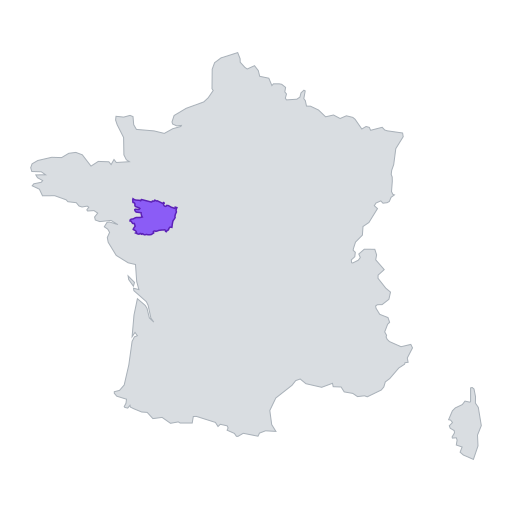 France, with Maine-et-Loire highlighted
{"feature_id": "FRA-5321", "entity_name": "Maine-et-Loire", "entity_type": "Metropolitan department", "adm_level": 1, "iso_a3": "FRA", "parent_name": "France", "parent_adm1": "", "projection": "orthographic", "projection_center": [-0.78, 47.399], "detail": "fine", "context": "in_parent", "style": "filled", "palette": "violet", "viewbox_px": 512, "rotation_deg": 0, "n_neighbors": 0, "source": "natural_earth", "source_scale": "10m", "svg_char_len": 5974}
<svg xmlns="http://www.w3.org/2000/svg" viewBox="0 0 512 512"><path d="M394.4,194.9L391.1,197.3L389.3,201.5L387.1,202.7L383.0,203.2L380.8,200.9L376.0,203.0L374.3,205.7L377.5,208.6L368.9,222.5L363.0,226.5L362.4,235.1L355.5,242.1L353.3,249.0L353.2,250.3L355.3,252.3L354.8,256.7L351.3,259.9L351.6,262.7L352.7,263.0L358.3,260.2L360.3,257.5L358.8,254.0L364.3,249.2L374.8,249.3L376.6,254.9L375.7,259.8L384.2,269.6L378.1,275.1L378.0,278.3L385.8,288.2L390.5,292.1L388.9,299.3L382.1,304.6L377.4,304.7L375.6,306.0L376.0,308.2L379.7,314.3L388.0,317.6L389.6,322.3L387.6,324.3L384.7,331.9L386.6,335.3L386.1,337.0L387.2,339.4L389.5,341.6L401.0,346.7L410.8,344.4L412.5,347.9L407.3,358.0L408.1,362.3L405.0,362.7L404.6,364.2L398.8,368.0L389.7,378.6L385.3,381.9L383.8,387.0L381.3,390.0L367.3,396.8L364.5,395.8L357.5,396.6L352.8,393.4L344.2,391.9L341.1,387.0L333.2,386.7L332.5,383.3L321.7,387.3L305.9,383.7L300.2,379.0L295.7,380.6L292.0,385.3L275.8,398.0L269.8,410.5L271.7,424.6L275.9,431.4L265.5,430.8L259.5,433.1L258.0,436.2L243.2,433.3L237.9,436.4L236.4,436.3L234.4,433.4L227.1,430.2L228.1,427.9L227.1,425.8L220.3,424.3L218.0,426.5L215.4,422.4L196.4,416.4L193.3,416.5L192.2,423.0L180.1,423.0L178.3,421.9L170.5,423.3L162.1,417.4L152.9,418.6L147.2,412.4L141.7,412.0L133.9,408.8L130.4,407.1L130.0,405.3L127.7,408.1L124.8,407.4L124.2,406.6L126.0,403.2L126.5,399.2L116.8,396.2L114.3,393.3L114.3,391.7L119.5,390.4L124.2,385.0L128.8,365.0L132.1,341.4L134.4,336.9L137.4,335.7L135.0,332.4L132.1,336.7L134.0,315.0L137.4,298.7L145.2,305.4L147.0,308.3L149.4,318.0L153.8,322.1L150.9,318.1L148.1,305.2L146.3,301.6L133.9,290.7L133.5,288.2L138.9,289.6L136.7,281.5L135.5,264.5L128.1,262.8L116.2,255.4L108.2,242.3L107.3,237.5L109.6,232.4L107.7,229.1L104.3,226.8L107.0,222.4L109.5,222.0L117.9,224.6L111.0,220.4L99.8,221.6L95.3,220.0L94.6,217.0L97.7,213.1L94.0,210.6L87.6,211.0L86.8,209.9L88.8,207.2L87.2,206.1L82.0,207.0L79.0,206.0L76.3,202.7L67.9,201.7L66.1,199.8L54.7,195.7L42.5,195.8L39.4,189.2L32.2,185.8L33.8,183.8L41.2,182.3L42.7,180.6L37.5,177.7L35.8,174.9L45.6,174.8L41.3,171.8L31.8,171.5L30.7,167.7L32.1,163.8L37.8,160.5L51.7,157.3L61.6,157.6L68.8,153.3L75.8,152.4L82.3,154.8L91.0,166.1L98.3,161.4L108.9,161.8L111.1,164.6L114.0,159.5L116.3,162.5L129.3,161.7L126.3,159.7L123.9,154.9L123.6,137.5L117.2,124.8L115.6,120.1L116.0,116.3L123.7,117.1L130.0,115.4L133.0,116.6L133.7,124.7L136.4,129.4L154.0,130.9L164.3,133.4L172.8,128.7L180.8,126.5L181.4,125.4L176.8,125.9L172.6,124.0L172.0,121.9L174.1,115.5L186.2,108.3L203.8,101.9L208.2,97.8L213.2,90.5L212.0,88.7L212.2,69.2L214.6,62.7L221.0,57.9L237.7,52.6L240.1,58.7L240.2,62.2L244.9,67.4L247.2,69.0L254.5,65.7L258.3,70.6L259.7,76.3L268.8,78.2L271.9,85.6L273.4,83.8L279.1,83.8L281.7,84.3L285.6,87.4L284.8,91.9L286.5,94.0L285.3,98.2L286.5,99.9L296.9,99.2L299.9,97.1L301.0,92.9L303.9,90.2L305.2,90.9L303.8,98.7L305.3,100.6L306.5,106.1L310.5,106.2L318.5,110.0L325.6,116.8L333.5,115.0L340.1,118.5L346.4,115.8L352.8,117.4L355.1,119.3L361.8,129.0L366.1,126.5L369.3,127.4L370.6,130.3L382.2,127.3L384.7,130.0L387.2,130.8L402.6,133.0L403.2,136.7L395.8,148.6L393.7,164.6L391.7,170.3L391.2,174.4L392.2,177.0L392.3,181.3L391.5,191.6L392.9,194.4L394.4,194.9ZM475.5,396.6L475.4,403.1L478.3,407.4L481.3,425.6L477.5,435.1L478.0,445.9L473.4,459.4L463.3,455.0L460.1,452.2L462.1,447.0L456.3,445.0L457.1,440.1L456.3,437.8L452.4,438.1L452.1,436.9L454.5,432.9L454.2,430.6L450.2,428.2L449.3,425.8L452.5,422.5L450.6,420.1L448.6,419.7L452.4,410.8L455.3,407.9L462.3,404.6L465.0,401.1L469.9,402.2L470.6,401.3L470.6,387.9L472.2,387.5L474.0,389.0L475.5,396.6ZM134.5,282.4L133.4,286.2L128.7,279.6L128.1,275.9L134.5,282.4Z" fill="#d9dde1" stroke="#a8b0b8" stroke-width="1"/><path d="M138.4,209.5L139.2,209.3L139.9,208.5L139.2,207.9L135.4,206.5L135.1,206.1L134.9,205.5L134.9,204.2L134.8,203.6L134.6,203.2L134.4,203.0L133.9,202.6L133.2,202.6L132.8,202.0L132.9,200.6L132.7,200.0L133.0,198.7L134.5,199.7L136.1,200.1L139.4,200.3L140.6,200.8L140.9,200.6L141.2,199.6L141.4,199.5L151.2,202.0L151.6,202.0L151.9,201.8L152.3,201.1L152.6,201.0L153.3,201.2L153.7,201.2L154.1,201.1L154.6,200.2L154.8,200.1L156.3,200.9L156.8,201.0L157.3,200.8L162.5,203.3L162.8,203.2L163.6,202.5L163.9,202.6L164.2,203.3L163.7,203.7L163.5,203.9L163.5,204.1L163.5,204.4L163.6,204.9L164.0,205.6L164.7,206.2L165.5,206.4L166.2,206.1L166.6,205.4L166.8,205.4L168.4,205.6L171.6,207.4L172.7,207.6L174.2,208.3L174.9,208.3L175.2,207.1L176.9,207.6L176.2,209.5L176.1,210.0L176.1,210.6L176.3,211.4L176.4,211.7L176.4,212.1L175.4,214.2L175.3,214.8L175.0,215.9L174.9,216.3L175.1,217.2L175.1,217.6L174.3,219.0L173.5,220.1L173.1,220.7L173.0,221.0L172.8,221.6L172.3,224.1L171.9,227.4L170.3,227.1L169.8,227.3L168.8,228.6L168.7,228.9L168.7,229.2L168.6,229.6L168.4,230.0L168.0,230.1L167.2,230.4L167.0,230.7L166.8,231.0L166.7,231.2L166.4,231.7L165.7,231.5L165.5,231.3L165.4,231.0L165.4,230.6L165.2,230.2L164.9,229.9L164.5,229.8L164.2,229.8L163.6,230.0L161.9,230.0L158.7,230.4L157.9,230.8L156.2,231.3L155.8,231.4L155.1,231.0L154.8,231.0L154.5,231.0L153.9,231.2L153.6,231.4L153.4,231.6L153.3,231.9L153.3,232.2L153.7,232.7L153.7,233.0L152.3,233.8L151.8,234.3L151.6,234.4L151.1,234.6L149.1,234.8L147.5,234.7L146.6,234.4L144.9,234.8L144.5,234.8L144.2,234.7L143.9,234.6L142.8,233.8L142.4,233.7L142.0,233.6L141.8,233.7L141.7,233.9L141.7,234.0L141.7,234.3L141.2,234.2L140.7,233.7L140.2,233.4L139.0,234.2L137.8,234.0L135.6,233.0L136.5,232.5L136.2,231.5L135.3,230.6L133.2,229.5L133.5,228.5L135.2,226.1L134.8,225.2L134.6,224.1L134.2,223.4L133.4,223.6L132.6,223.4L131.1,221.2L130.0,221.0L130.1,220.0L130.2,219.9L130.3,219.9L130.5,219.7L130.8,219.5L130.8,219.4L131.0,219.3L131.6,219.1L132.8,219.0L133.4,218.8L135.2,217.8L136.3,217.5L140.1,217.5L140.2,217.4L140.3,217.4L140.5,217.4L140.8,217.3L141.0,217.3L141.1,217.2L141.3,217.2L141.5,217.2L141.8,217.1L142.0,217.1L142.3,217.0L141.8,216.2L141.4,215.0L141.2,213.8L141.1,212.7L136.3,212.1L135.6,211.6L134.9,210.5L134.8,209.5L135.3,209.2L138.4,209.5Z" fill="#8b5cf6" stroke="#5b21b6" stroke-width="1.5"/></svg>